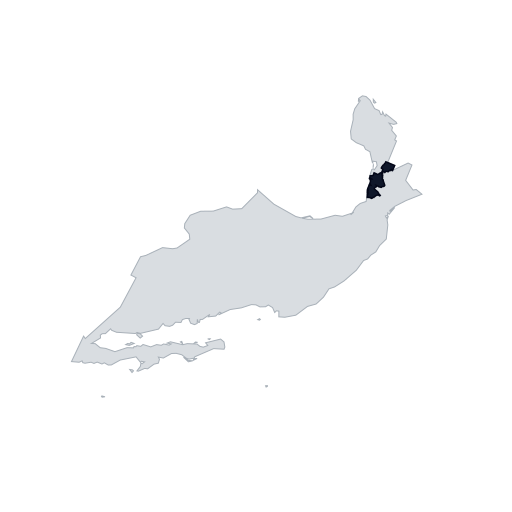 where Tabasco sits in Mexico, rotated 293°
{"feature_id": "MEX-2725", "entity_name": "Tabasco", "entity_type": "State", "adm_level": 1, "iso_a3": "MEX", "parent_name": "Mexico", "parent_adm1": "", "projection": "albers", "projection_center": [-92.753, 17.95], "detail": "fine", "context": "in_parent", "style": "filled", "palette": "ink", "viewbox_px": 512, "rotation_deg": 293, "n_neighbors": 0, "source": "natural_earth", "source_scale": "10m", "svg_char_len": 8460}
<svg xmlns="http://www.w3.org/2000/svg" viewBox="0 0 512 512"><g transform="rotate(293 256 256)"><path d="M86.7,127.4L114.9,128.6L113.3,131.1L155.9,151.1L189.1,154.1L189.6,148.3L210.2,150.0L213.5,154.4L227.2,166.7L230.1,176.4L232.5,180.2L245.6,188.5L250.1,186.0L253.8,179.1L258.0,177.8L267.8,179.5L275.6,187.6L280.6,199.1L289.7,209.7L290.0,216.2L294.0,224.4L314.8,232.7L317.6,231.5L310.7,252.2L307.9,277.2L308.7,282.6L314.1,290.0L312.8,293.9L313.3,290.0L308.8,283.7L310.1,289.4L315.4,301.4L324.4,312.9L326.3,320.0L332.7,327.3L330.9,327.1L334.6,328.9L333.4,327.8L340.2,328.8L345.1,331.4L349.3,336.1L360.9,332.6L369.3,332.1L375.0,329.3L380.9,328.8L382.1,329.8L381.7,331.3L386.5,332.2L389.8,330.0L388.9,326.3L387.3,327.2L387.7,326.4L396.5,320.1L397.0,315.1L399.5,312.2L399.5,304.0L401.0,297.9L407.7,294.3L419.4,292.2L424.5,290.0L430.2,289.4L439.7,291.3L440.4,289.9L438.0,289.9L441.1,288.9L445.0,291.4L445.8,295.0L444.0,300.0L438.0,307.6L437.9,312.5L434.9,315.6L435.5,316.7L438.2,316.2L435.4,319.4L435.4,320.7L437.4,320.2L433.9,332.8L432.9,333.9L430.9,331.2L430.3,326.5L427.6,331.4L424.7,331.8L421.3,338.3L417.1,338.3L416.8,340.4L393.5,340.7L393.5,348.3L388.2,348.3L401.0,359.7L400.7,364.0L384.1,364.2L378.1,374.8L379.8,377.5L377.7,384.6L365.7,372.5L356.0,364.4L350.2,361.3L349.5,362.0L354.9,364.8L346.5,362.3L347.1,360.4L344.8,361.2L343.4,359.4L341.9,361.3L344.7,362.2L340.4,362.6L336.1,365.2L322.5,369.3L313.9,365.7L306.6,364.7L301.8,361.4L296.9,359.9L293.9,356.8L282.1,353.9L267.5,346.8L258.2,340.4L254.3,336.0L244.5,334.2L235.3,330.1L229.7,323.1L217.1,315.8L210.9,306.5L208.9,300.8L214.2,298.6L213.5,296.2L211.3,295.3L215.0,291.4L215.7,286.5L213.0,284.6L210.7,279.5L211.0,275.0L209.5,270.8L202.5,262.7L196.6,253.1L187.1,244.5L189.9,246.2L190.2,244.5L185.0,242.4L181.4,235.9L184.2,236.3L176.7,231.5L175.8,229.4L172.8,229.9L172.4,228.9L174.8,226.7L170.9,228.2L168.8,226.2L168.6,222.1L171.7,218.8L172.6,219.6L171.0,215.7L168.7,213.1L165.5,212.9L163.6,207.8L159.7,206.3L157.5,204.0L156.3,199.5L157.6,196.8L150.6,194.8L139.6,179.8L139.2,176.4L137.5,175.2L131.3,157.4L131.2,152.2L132.2,150.6L125.7,147.7L124.4,144.8L122.3,143.6L119.8,144.9L111.2,138.7L112.5,142.2L110.7,148.4L112.2,153.7L112.8,163.5L121.2,173.1L123.6,179.2L125.0,179.1L125.6,180.9L126.9,181.3L127.8,185.2L130.4,186.6L131.2,194.6L135.6,199.1L136.8,203.7L138.9,205.3L140.0,210.8L141.9,212.3L141.1,208.2L143.6,210.8L145.7,223.2L148.5,227.0L151.9,236.1L150.9,239.7L151.5,243.1L154.8,246.6L156.4,243.5L165.7,255.9L164.4,260.1L160.0,262.9L157.7,263.0L154.2,253.2L139.3,239.0L137.9,239.0L135.0,234.8L134.6,232.0L136.1,226.2L135.2,220.5L133.2,216.3L125.9,210.6L124.8,205.6L123.2,207.5L119.2,208.0L116.6,204.4L109.8,200.3L109.0,197.4L104.0,192.7L103.7,191.3L109.2,192.7L112.5,191.9L112.3,193.2L115.0,194.8L114.3,191.5L113.0,191.2L116.3,185.0L107.2,171.7L99.2,165.4L97.9,162.6L98.4,158.1L96.4,156.4L96.3,151.3L93.8,148.8L93.8,145.7L90.5,140.5L90.1,138.3L91.5,136.9L89.1,134.7L86.7,127.4ZM139.1,179.9L137.9,182.9L135.2,181.5L136.8,177.0L138.5,176.7L139.1,179.9ZM127.9,178.0L124.2,174.3L123.5,170.7L125.4,172.1L125.7,174.0L127.7,174.7L127.9,178.0ZM444.1,306.4L443.0,305.4L443.5,303.9L446.1,302.7L444.1,306.4ZM134.8,238.7L132.2,235.1L134.5,228.8L133.5,234.6L134.8,238.7ZM102.4,188.1L100.3,187.4L102.2,184.1L102.9,186.8L102.4,188.1ZM67.4,172.0L65.9,169.5L66.4,168.6L67.0,168.8L67.4,172.0ZM137.2,239.0L138.7,241.8L135.3,238.9L137.2,239.0ZM199.7,283.7L199.3,284.8L198.3,284.3L198.1,282.5L199.7,283.7ZM153.2,233.9L153.7,236.0L152.0,233.3L153.2,233.9ZM147.4,220.0L148.4,221.0L146.6,222.7L147.4,220.0ZM141.1,317.2L140.3,317.4L139.3,316.5L140.3,315.5L141.1,317.2ZM384.9,328.8L382.9,329.3L386.4,328.2L384.9,328.8ZM161.9,246.2L160.9,245.9L160.9,243.9L161.9,246.2Z" fill="#d9dde1" stroke="#a8b0b8" stroke-width="1"/><path d="M393.5,340.9L393.5,344.6L393.5,348.3L387.9,348.3L387.8,348.1L387.8,347.9L387.9,347.7L388.1,347.5L388.3,347.5L388.4,347.4L388.5,347.2L388.4,347.2L388.1,346.7L387.9,346.5L387.6,346.5L387.3,346.4L387.1,346.3L387.1,346.2L387.1,345.8L387.1,345.6L386.9,345.5L386.8,345.4L386.5,345.3L386.3,345.2L386.0,345.1L385.9,345.1L385.6,345.0L385.4,344.9L385.2,344.7L385.1,344.3L385.1,344.2L385.1,343.9L385.0,343.5L384.9,343.0L384.7,342.6L384.5,342.2L384.2,342.1L383.9,342.1L383.7,342.1L383.4,342.1L383.2,342.0L383.3,341.8L383.4,341.5L383.5,341.4L383.4,341.0L383.4,340.9L383.4,340.5L383.3,340.4L383.2,340.1L382.9,339.9L382.6,339.8L382.4,340.0L382.1,339.9L381.9,339.8L381.7,339.9L381.5,340.1L381.4,340.2L381.3,340.3L381.2,340.1L381.2,339.7L380.9,339.6L380.7,339.6L380.3,339.9L379.9,340.3L379.6,340.6L379.8,341.0L379.6,341.2L379.1,341.3L378.7,341.2L378.5,341.4L378.2,341.6L377.9,341.7L377.5,341.9L377.1,342.0L376.7,342.1L376.2,342.2L375.9,342.4L375.8,342.9L375.8,343.2L375.7,343.4L375.3,343.6L375.0,343.6L374.8,343.8L374.5,344.1L374.3,344.3L374.1,344.5L373.8,344.8L373.5,345.0L373.2,345.3L373.0,345.5L372.9,345.6L372.7,345.7L372.5,345.9L372.3,346.1L372.1,346.3L371.9,346.5L371.4,346.9L371.0,346.9L370.6,346.8L370.2,346.6L370.0,346.4L369.9,346.2L369.7,346.0L369.6,345.8L369.4,345.4L369.2,345.0L369.0,344.7L368.6,344.7L368.3,344.7L368.1,344.5L368.0,344.3L368.0,343.9L368.0,343.4L367.8,342.8L367.7,342.3L367.7,341.7L367.8,341.5L367.9,341.3L367.9,341.1L368.0,340.9L368.0,340.7L368.0,340.2L368.0,339.9L367.9,339.9L367.9,339.6L367.9,339.3L367.7,339.6L367.2,339.8L366.8,339.7L366.3,339.4L366.1,339.1L365.8,338.9L365.5,338.7L365.4,338.7L364.9,338.6L364.6,338.5L364.4,338.5L364.1,338.8L363.9,338.9L363.8,339.1L363.6,339.9L363.3,340.7L363.1,341.5L362.8,342.3L362.8,342.5L362.7,342.8L362.6,343.0L362.4,343.4L362.2,343.5L361.9,343.8L361.8,344.1L361.7,344.1L361.4,344.4L361.3,344.6L361.2,344.7L361.1,344.9L361.0,345.2L360.9,345.6L360.7,346.0L360.5,346.3L360.3,346.7L360.1,346.6L359.9,346.5L359.7,346.4L359.6,346.1L359.7,345.9L359.8,345.7L359.8,345.4L359.9,345.2L360.0,344.7L360.0,344.4L359.9,344.2L359.5,344.0L359.4,343.9L359.1,343.6L358.8,343.3L358.7,343.1L358.5,342.8L358.2,342.5L357.8,342.4L357.5,342.3L357.3,342.3L357.2,342.2L357.0,341.9L356.9,341.8L356.7,341.7L356.4,341.7L355.9,341.6L355.8,341.2L355.8,340.9L355.5,340.6L355.3,340.5L355.2,340.5L354.8,340.4L354.8,340.2L354.7,340.1L354.4,340.1L354.2,339.9L354.1,339.6L354.2,339.3L354.2,339.0L354.3,338.8L354.4,338.6L354.5,338.4L354.4,338.2L354.3,337.8L354.2,337.7L354.0,337.4L354.1,337.2L354.0,336.9L353.9,336.7L354.0,336.4L353.9,336.2L353.7,336.1L353.5,335.8L353.5,335.7L353.4,335.5L353.7,335.4L354.1,335.2L355.1,335.0L355.3,334.8L355.5,334.7L356.9,334.2L356.8,334.4L356.7,334.5L356.6,334.8L357.7,334.8L357.9,334.7L358.1,334.6L358.2,334.4L358.2,334.2L358.3,333.9L358.5,333.8L358.8,333.8L359.0,333.7L359.3,333.9L359.5,333.9L360.3,333.7L360.5,333.6L360.7,333.2L360.6,332.9L360.4,332.8L360.2,332.9L360.0,333.0L359.8,333.1L358.9,333.4L358.9,333.5L358.7,333.6L358.1,333.8L357.7,334.1L357.4,334.2L357.2,334.2L357.1,334.3L357.2,334.1L357.4,334.0L357.7,333.9L357.8,333.7L360.3,332.7L360.9,332.6L362.2,332.5L364.0,332.5L365.9,332.4L365.9,332.5L365.7,332.8L365.6,333.0L365.6,333.3L365.8,333.4L366.0,333.4L366.3,333.2L366.3,333.4L366.2,333.6L366.2,333.8L366.4,333.5L366.5,333.4L366.4,333.4L366.7,333.3L366.8,333.1L366.7,332.9L366.4,332.8L366.1,332.8L366.1,332.6L366.3,332.5L366.6,332.5L368.6,332.4L369.7,332.1L370.3,331.8L370.9,331.2L371.2,330.8L371.3,330.7L371.5,330.5L371.8,331.0L371.9,332.3L372.1,332.6L372.2,332.3L372.1,332.1L372.1,331.8L372.2,331.2L372.1,330.9L371.8,330.3L371.7,330.1L371.9,330.0L372.2,330.0L372.8,330.1L373.1,330.0L374.4,329.7L374.5,329.9L374.7,330.2L374.9,330.4L375.0,330.7L375.1,331.0L375.2,331.3L375.3,331.6L375.5,331.9L375.6,332.0L375.8,332.1L376.0,332.3L376.1,332.2L376.3,332.2L376.9,332.3L377.5,332.3L378.1,332.2L378.7,332.2L378.7,332.8L378.7,333.4L378.7,334.0L378.7,334.6L378.6,335.0L378.6,335.6L378.6,336.1L378.8,336.4L379.1,336.6L379.4,336.9L379.7,337.1L380.0,337.3L380.3,337.5L380.5,337.6L380.9,337.8L381.0,338.0L381.3,338.3L381.6,338.6L382.0,338.8L382.4,339.0L382.8,339.0L383.4,339.0L384.0,339.0L384.7,339.0L385.3,339.0L385.4,338.9L385.5,338.6L385.6,338.2L385.7,337.9L385.7,337.7L385.7,337.4L385.7,337.2L385.8,337.1L386.1,337.0L386.4,336.9L386.8,337.0L387.1,337.0L387.3,337.0L387.5,337.1L387.9,337.2L388.1,337.2L388.4,337.3L388.6,337.3L388.9,337.4L389.1,337.4L389.3,337.5L389.5,337.7L389.7,337.9L390.0,338.0L390.4,338.2L390.7,338.2L390.9,338.2L391.2,338.2L391.4,338.3L391.6,338.4L391.7,338.5L391.8,338.6L392.3,338.7L392.7,338.7L393.4,338.7L393.4,339.0L393.5,339.6L393.5,340.3L393.5,340.9Z" fill="#0f172a" stroke="#020617" stroke-width="1.5"/></g></svg>